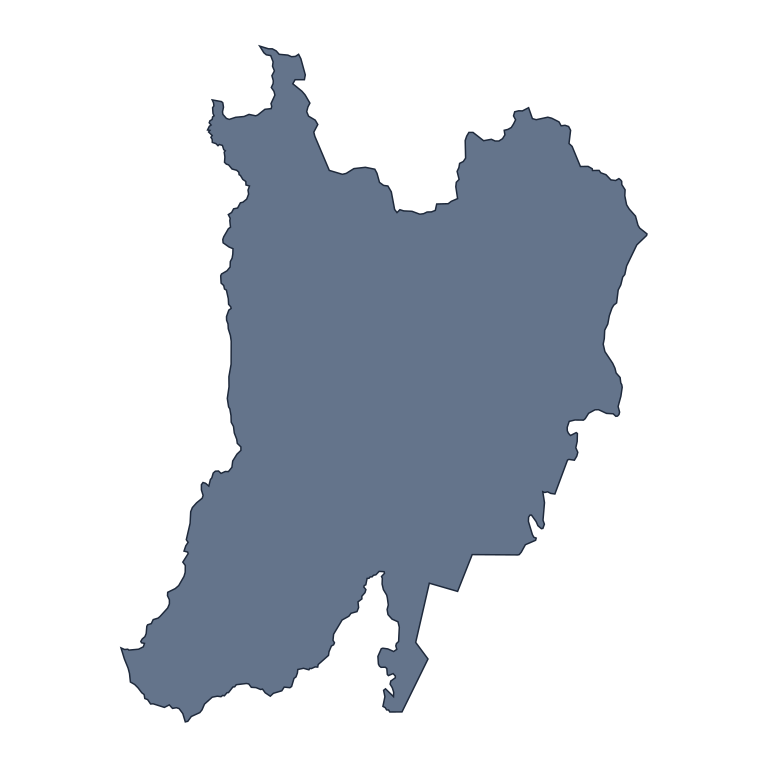 outline of Machadinho D'Oeste, Rondônia, Brazil
{"feature_id": "56859067B12494646191550", "entity_name": "Machadinho D'Oeste", "entity_type": "district", "adm_level": 2, "iso_a3": "BRA", "parent_name": "Brazil", "parent_adm1": "Rondônia", "projection": "robinson", "projection_center": [-62.078, -9.19], "detail": "fine", "context": "isolated", "style": "filled", "palette": "slate", "viewbox_px": 768, "rotation_deg": 0, "n_neighbors": 0, "source": "geoboundaries", "source_scale": "gbopen_adm2", "svg_char_len": 6103}
<svg xmlns="http://www.w3.org/2000/svg" viewBox="0 0 768 768"><path d="M185.3,721.9L187.8,721.3L191.3,716.5L199.8,712.6L202.0,709.9L204.5,704.1L212.2,697.2L217.3,696.2L221.0,696.7L222.7,695.4L224.4,695.8L227.0,692.7L228.5,692.6L232.9,687.0L234.7,686.8L236.3,684.7L246.3,683.5L248.7,683.9L251.3,687.3L256.0,687.6L260.6,689.5L262.5,689.1L265.2,692.8L270.3,696.2L273.4,693.3L281.8,690.8L284.2,687.1L289.9,687.7L291.6,686.5L294.0,678.4L296.0,676.9L297.4,673.0L297.8,669.5L303.5,668.3L308.9,669.8L309.7,668.4L311.3,668.6L315.1,666.9L317.7,667.1L318.2,664.5L328.5,655.4L329.0,651.7L331.4,646.0L333.6,644.8L334.5,642.8L333.0,640.3L333.6,634.2L342.1,620.0L348.9,616.2L351.0,613.3L357.0,611.6L358.6,607.6L358.0,601.9L361.9,598.9L361.8,596.3L365.0,592.6L365.9,589.6L363.8,587.0L364.3,585.5L365.8,584.8L367.1,578.4L369.0,578.3L370.2,576.9L372.2,576.8L373.4,575.3L375.9,574.8L379.1,571.4L384.1,571.7L384.5,573.3L381.5,576.5L382.3,578.2L382.1,584.1L383.4,589.6L386.7,595.1L387.3,597.7L388.3,605.0L387.1,609.5L388.0,614.6L392.0,619.1L398.0,621.8L399.3,627.3L398.6,641.5L396.4,643.6L395.8,645.9L396.8,649.3L393.7,651.5L387.8,648.9L382.8,648.2L381.3,648.7L377.9,656.4L378.4,664.0L379.4,666.0L381.0,667.3L385.3,667.2L386.8,668.5L387.3,674.4L388.4,675.6L393.1,673.6L395.3,676.0L395.3,677.8L390.8,681.0L390.1,684.1L392.3,687.8L393.7,692.3L393.5,696.6L385.5,688.8L383.6,690.3L384.9,696.7L382.9,706.4L385.2,707.6L386.6,709.9L388.6,710.0L389.8,712.0L402.0,711.9L428.0,659.0L415.7,642.4L429.3,583.2L457.6,591.4L472.2,554.6L517.8,554.9L519.2,554.6L521.3,552.1L525.4,544.7L535.6,540.3L536.2,538.1L533.8,537.2L532.4,534.6L528.4,521.4L528.6,517.1L530.0,515.1L531.5,515.1L536.2,521.7L537.9,525.7L541.4,528.7L542.9,528.4L544.4,524.2L543.0,520.2L544.5,502.7L542.8,491.7L544.7,492.5L547.6,491.8L550.7,493.4L554.9,494.0L567.5,460.1L568.9,459.4L574.4,460.2L576.8,456.1L577.8,452.3L575.8,447.8L577.2,441.4L577.4,433.5L576.2,432.6L570.5,435.5L568.4,433.2L567.3,430.8L567.2,427.4L569.2,421.4L574.9,420.0L583.5,420.1L585.2,418.7L588.6,413.3L595.0,409.8L598.6,409.7L606.5,413.4L613.2,413.8L615.8,416.3L617.5,416.1L619.0,414.5L619.6,412.1L618.1,406.5L620.9,396.2L622.2,387.3L621.8,384.8L620.8,382.9L620.1,377.5L616.1,372.9L615.0,368.3L612.7,363.3L604.9,351.6L603.2,344.1L604.3,338.6L604.7,330.2L607.8,324.0L609.3,315.8L611.9,308.3L613.7,305.2L616.6,302.9L618.2,290.0L620.8,284.9L622.7,277.1L624.8,274.5L626.6,266.0L636.8,244.9L646.6,235.5L647.0,233.9L639.7,228.1L638.0,225.3L635.5,216.1L629.2,209.0L626.6,204.8L624.8,195.8L625.1,189.8L621.8,184.6L621.7,181.3L620.4,179.7L618.9,178.6L615.7,180.5L610.9,179.9L606.0,174.7L600.8,172.8L599.1,170.4L592.5,170.5L592.2,168.7L588.1,166.4L580.4,166.5L572.1,146.4L569.0,143.5L570.6,130.3L568.6,126.5L565.0,125.3L561.1,125.8L559.0,121.9L551.7,118.2L547.8,117.2L536.2,119.7L532.4,118.6L528.6,107.7L522.4,110.9L518.6,110.8L514.7,111.8L513.5,115.9L515.6,119.8L513.5,124.0L511.3,127.5L507.9,129.4L504.2,130.3L504.9,134.9L502.5,138.7L498.9,141.0L495.1,141.0L491.4,139.3L483.6,140.7L473.0,132.4L468.9,132.4L466.7,136.1L465.2,140.5L465.6,158.1L463.3,161.5L459.6,163.4L458.9,167.6L457.1,171.4L459.1,179.4L456.3,182.3L455.8,186.7L457.6,198.6L451.3,201.3L448.2,203.7L436.7,204.0L435.3,210.4L431.4,211.9L427.1,212.0L423.6,213.7L419.8,214.2L412.0,211.3L403.7,210.9L399.9,209.7L397.0,212.6L394.6,209.4L391.3,191.8L387.9,186.0L383.6,185.4L379.5,182.4L377.0,173.3L374.8,169.2L365.4,167.3L353.9,168.6L346.2,173.4L342.4,174.3L329.3,170.4L314.8,136.2L313.8,132.1L317.8,124.5L315.2,120.1L308.6,116.2L306.7,111.7L307.9,107.0L309.9,103.1L305.1,94.9L302.0,91.3L292.8,83.8L295.1,79.7L304.4,79.7L305.3,74.9L300.9,58.8L298.6,54.3L295.4,56.4L291.5,56.7L287.9,55.1L279.2,54.3L276.2,50.9L272.3,48.8L268.5,48.8L259.7,46.1L263.9,52.8L266.3,54.8L270.7,55.6L273.1,61.9L272.5,66.2L274.4,70.9L271.9,75.7L273.3,80.8L273.1,83.6L271.3,87.5L274.0,91.4L274.9,95.1L271.0,103.6L271.7,106.3L271.2,108.6L264.9,109.3L257.6,115.1L255.6,115.8L249.0,114.4L244.1,116.5L235.6,117.3L229.2,119.4L226.4,118.4L222.9,114.4L222.5,111.8L223.5,107.2L222.8,102.8L221.5,101.6L212.2,99.9L213.5,102.8L213.9,105.9L212.6,107.7L213.0,113.4L214.1,115.8L212.6,116.9L212.1,119.5L209.9,120.8L209.2,122.8L211.1,125.0L209.3,126.3L207.5,130.0L209.9,130.4L208.6,132.0L212.2,135.5L210.9,137.3L212.2,139.4L212.3,142.4L215.9,143.6L218.0,145.7L219.3,144.5L222.4,145.4L223.7,149.6L225.3,150.8L224.2,152.2L224.9,157.0L224.5,162.3L226.3,164.1L228.6,164.9L232.0,169.0L236.7,170.3L238.8,172.2L239.1,174.7L240.4,175.4L242.8,179.4L245.8,181.5L246.0,185.0L249.5,186.0L248.0,190.1L248.6,194.1L246.7,199.1L242.9,202.2L240.4,202.8L237.6,208.0L233.6,208.8L231.6,212.5L228.3,214.6L230.2,218.3L229.8,220.6L230.5,227.2L228.4,228.7L223.7,236.8L222.8,239.5L223.1,242.8L229.0,247.0L233.0,248.7L232.8,254.0L232.1,258.2L230.3,261.6L230.1,267.0L227.0,270.8L221.5,274.0L220.7,275.8L221.1,283.1L223.7,285.5L224.5,289.0L226.4,290.1L228.3,298.7L228.6,304.3L230.8,306.9L231.1,308.5L228.8,310.1L226.5,316.6L226.6,320.2L228.0,323.9L228.3,328.8L230.4,335.5L231.2,341.2L231.1,364.2L228.9,376.7L229.0,386.9L227.3,398.4L228.6,406.9L229.8,408.8L231.0,415.6L231.2,422.2L233.5,426.5L234.3,433.0L236.7,439.2L237.3,443.4L240.9,446.9L240.9,450.4L237.0,454.1L232.7,461.0L231.9,467.3L228.4,471.6L225.3,471.5L221.0,473.4L218.5,471.0L215.3,471.2L213.2,473.1L211.8,477.9L210.4,479.5L208.8,486.1L205.6,483.3L203.0,482.5L201.4,484.7L201.4,489.9L203.1,495.4L202.2,498.2L196.6,502.8L192.4,507.5L190.7,511.7L190.1,523.3L186.3,539.7L188.1,542.3L185.8,545.8L184.0,551.1L187.7,552.1L188.1,553.7L182.8,562.1L185.3,565.5L185.2,572.3L184.0,576.4L178.7,585.6L175.2,588.6L167.7,592.3L167.5,595.7L169.4,599.8L169.4,603.9L167.7,608.0L160.0,616.5L158.1,618.1L153.2,619.6L151.3,623.6L147.6,624.8L146.8,626.3L146.2,633.5L144.9,636.7L142.2,639.0L140.8,641.4L141.5,642.8L144.5,643.4L143.3,646.8L138.6,649.2L128.9,650.1L127.8,649.2L124.6,649.5L121.0,647.9L124.4,659.0L128.1,668.1L129.5,673.5L130.4,682.0L134.7,684.5L138.0,687.8L141.8,692.8L144.1,694.5L144.8,698.5L147.6,699.6L150.6,704.0L153.1,703.8L164.4,707.4L169.3,704.9L172.5,708.4L176.4,707.7L179.1,708.6L182.8,713.6L185.3,721.9Z" fill="#64748b" stroke="#1e293b" stroke-width="1.5"/></svg>